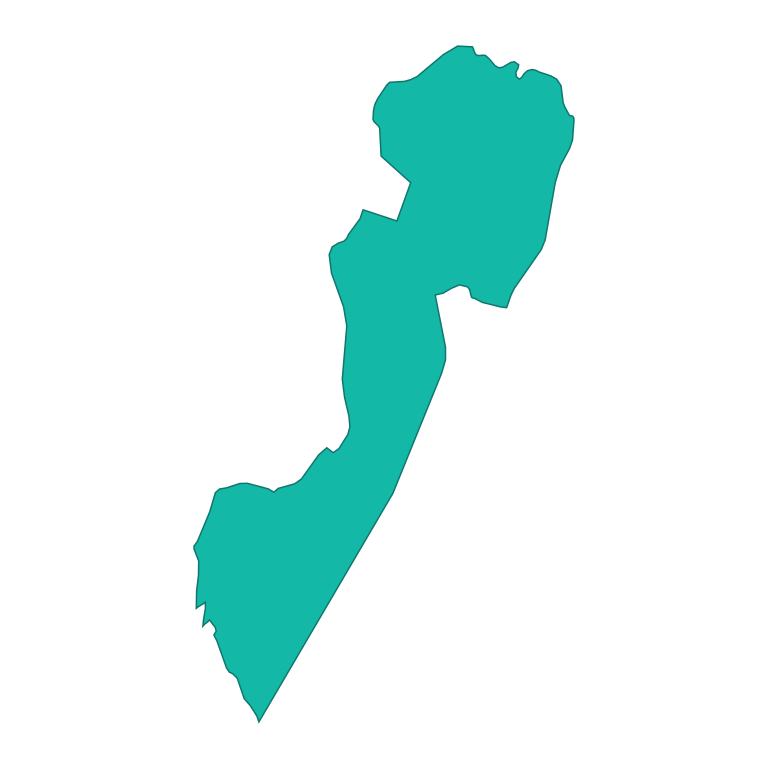 Negros Occidental, Equal Earth projection
{"feature_id": "PHL-2518", "entity_name": "Negros Occidental", "entity_type": "Province", "adm_level": 1, "iso_a3": "PHL", "parent_name": "Philippines", "parent_adm1": "", "projection": "equal_earth", "projection_center": [123.001, 10.217], "detail": "fine", "context": "isolated", "style": "filled", "palette": "teal", "viewbox_px": 768, "rotation_deg": 0, "n_neighbors": 0, "source": "natural_earth", "source_scale": "10m", "svg_char_len": 1777}
<svg xmlns="http://www.w3.org/2000/svg" viewBox="0 0 768 768"><path d="M258.9,721.9L256.9,716.1L250.3,705.6L244.3,698.8L237.3,678.4L232.8,673.8L229.3,672.1L226.6,668.1L217.0,641.1L213.9,635.0L216.2,631.1L215.3,627.5L209.5,619.9L207.8,621.8L204.6,624.2L202.9,626.1L203.5,619.9L205.4,608.6L205.3,602.1L203.4,603.6L198.3,606.7L196.3,608.3L196.6,591.1L198.5,575.2L198.7,561.0L194.0,548.8L194.0,546.1L197.4,541.5L209.7,511.9L215.4,492.7L219.6,489.0L226.3,487.9L239.9,483.5L247.2,483.3L268.4,488.9L273.8,492.2L278.3,488.4L294.7,483.8L301.4,479.0L318.7,454.9L326.8,447.8L333.1,452.7L338.9,448.7L347.9,434.4L349.9,426.7L348.9,415.9L344.6,397.5L342.3,379.0L346.8,325.9L343.6,306.9L331.5,273.0L329.2,254.6L332.2,246.9L338.2,243.2L344.1,241.1L346.8,238.3L348.6,234.3L360.0,218.8L363.1,209.8L396.9,221.0L410.7,182.7L381.1,156.1L379.7,128.5L378.7,126.3L374.0,121.6L373.0,119.4L373.5,110.5L374.2,107.0L375.4,103.2L378.0,98.1L386.9,84.9L389.7,82.3L404.3,81.4L410.6,79.7L417.1,76.6L443.6,54.4L457.6,46.1L472.4,46.8L473.2,48.4L474.2,51.4L475.6,54.3L477.9,55.6L484.0,55.2L485.6,55.6L489.2,58.8L494.9,65.6L498.8,67.8L502.7,67.2L510.9,62.4L514.4,61.8L518.7,64.8L518.0,68.2L515.9,72.1L516.3,76.6L519.3,79.2L521.7,77.4L524.2,73.7L527.5,70.7L532.2,69.5L535.8,70.3L539.1,72.0L550.6,75.8L556.7,79.2L561.0,85.7L563.2,102.8L564.7,106.8L569.3,115.1L570.2,115.8L571.4,115.8L572.6,116.1L573.7,117.7L574.0,120.1L572.5,140.1L569.6,148.4L560.5,165.3L555.2,182.7L545.2,239.8L541.3,249.5L514.3,288.4L511.0,295.1L506.6,307.7L500.5,306.9L482.3,302.4L474.5,298.3L472.8,298.0L471.5,297.2L470.6,294.1L470.2,291.8L469.6,289.9L468.7,288.2L467.3,286.8L459.4,284.9L451.2,288.4L443.1,293.2L435.2,295.0L445.5,347.2L445.5,360.0L441.4,373.8L392.9,493.3L258.9,721.9Z" fill="#14b8a6" stroke="#0f766e" stroke-width="1.5"/></svg>